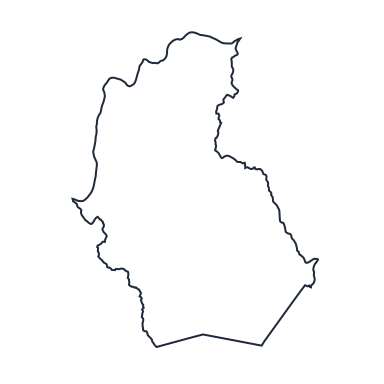 outline of Petrolina, Pernambuco, Brazil, rotated 175°
{"feature_id": "56859067B80055839587511", "entity_name": "Petrolina", "entity_type": "district", "adm_level": 2, "iso_a3": "BRA", "parent_name": "Brazil", "parent_adm1": "Pernambuco", "projection": "natural_earth1", "projection_center": [-40.564, -9.053], "detail": "fine", "context": "isolated", "style": "outline", "palette": "slate", "viewbox_px": 384, "rotation_deg": 175, "n_neighbors": 0, "source": "geoboundaries", "source_scale": "gbopen_adm2", "svg_char_len": 5750}
<svg xmlns="http://www.w3.org/2000/svg" viewBox="0 0 384 384"><g transform="rotate(175 192 192)"><path d="M72.4,113.8L73.8,114.6L74.8,114.5L76.2,114.9L81.4,112.1L82.6,111.6L83.5,111.5L84.5,111.5L85.3,112.4L85.9,114.8L86.5,116.7L88.2,118.5L89.0,119.4L90.4,120.4L91.0,123.2L92.3,124.4L92.4,126.4L92.6,129.0L93.2,131.7L94.8,135.0L95.9,136.3L96.5,137.1L96.9,138.9L97.1,140.7L98.2,141.8L100.0,142.4L101.2,143.2L102.0,144.0L102.3,145.3L102.3,147.3L103.0,151.2L103.6,153.1L104.4,153.6L105.4,153.7L106.7,155.0L106.9,156.7L106.6,165.6L106.9,166.9L107.3,168.2L107.9,169.3L108.5,171.0L109.9,172.9L111.4,174.5L112.1,175.9L112.0,177.8L112.2,180.2L112.9,181.1L113.5,182.3L113.0,183.7L113.6,185.0L115.1,186.7L115.1,189.3L115.8,191.7L115.4,193.6L115.6,195.4L116.4,196.6L117.0,198.0L116.4,200.9L116.9,202.5L119.4,203.8L120.2,206.8L121.8,208.8L123.5,209.1L125.1,208.9L126.8,209.3L127.4,211.1L128.3,211.0L129.6,209.9L130.7,209.7L131.9,210.1L132.9,210.6L133.8,211.4L134.9,211.9L136.9,211.3L136.7,212.4L137.0,213.8L136.6,215.0L137.0,216.6L139.0,216.1L141.0,217.6L143.7,218.0L144.6,218.3L145.5,219.7L147.9,221.9L151.8,224.5L153.0,225.0L155.0,225.1L156.7,224.4L158.1,223.5L159.4,223.2L160.3,224.4L162.1,228.4L163.8,230.3L165.4,231.5L164.6,233.5L163.9,236.2L164.4,237.3L164.1,239.4L164.6,240.9L164.3,242.3L163.5,243.8L162.6,244.1L161.9,245.1L161.2,246.6L160.7,248.2L160.6,249.4L161.0,250.7L158.2,256.0L156.9,258.4L157.9,259.0L158.0,260.6L158.4,261.7L159.2,262.3L159.0,263.7L158.1,265.7L158.8,267.7L160.9,267.9L161.0,270.0L160.3,271.3L159.8,272.7L159.5,274.2L159.1,275.5L157.5,276.5L154.6,276.9L152.5,278.3L152.7,280.6L152.5,281.7L150.5,283.6L149.6,284.9L148.6,285.7L147.3,285.3L145.6,284.3L144.2,283.4L142.8,282.2L141.6,283.5L141.2,285.4L139.6,286.0L138.6,286.4L137.9,287.3L137.2,288.6L137.5,289.8L138.6,290.3L141.5,293.6L142.5,295.1L143.1,297.4L142.1,299.4L141.9,301.1L142.9,303.5L142.3,305.1L140.8,307.5L140.2,309.7L140.4,311.2L141.2,312.9L141.4,314.1L141.2,316.1L141.1,317.2L141.1,319.5L141.3,321.2L140.3,322.4L138.9,322.9L136.9,324.3L135.6,324.4L134.6,325.1L134.4,326.4L135.9,330.1L136.0,331.3L135.7,332.4L134.4,335.3L133.6,337.3L132.8,337.9L130.6,340.7L133.5,340.0L135.0,339.1L136.5,338.6L137.5,337.7L139.1,336.7L140.6,336.5L145.4,337.1L147.9,337.5L149.4,338.2L150.4,338.8L152.4,340.2L154.6,341.8L161.0,345.4L166.9,347.1L168.8,347.5L170.0,347.7L171.1,348.3L172.6,349.2L175.4,350.5L177.9,351.1L179.9,351.1L181.6,350.5L184.1,349.0L187.3,346.1L188.6,345.4L190.8,344.8L192.4,345.5L194.6,345.5L195.5,345.2L197.9,344.2L200.9,341.9L201.9,340.8L202.6,339.8L203.3,338.6L203.7,337.7L204.3,336.0L204.8,332.5L205.1,331.2L205.5,329.8L206.5,328.1L207.6,327.0L208.5,326.2L209.4,325.6L211.0,325.5L212.0,325.1L212.8,324.6L214.3,323.5L215.2,323.2L216.9,323.7L218.1,323.9L219.8,323.8L222.7,325.0L223.8,325.6L224.5,326.5L225.7,327.7L226.8,328.1L228.0,328.4L228.9,328.1L229.4,327.1L229.9,325.8L231.6,323.8L232.7,322.8L233.5,321.4L233.9,319.3L234.4,318.0L234.9,316.8L235.4,315.8L237.6,309.9L238.0,308.8L239.1,306.5L239.8,305.4L240.7,304.5L243.4,303.1L244.8,302.7L246.0,303.1L247.1,303.8L249.0,306.8L249.9,307.6L253.3,310.2L259.6,312.6L262.1,312.8L263.2,312.5L264.4,312.0L265.3,310.9L266.1,310.0L266.8,308.9L270.0,305.6L271.2,303.4L271.6,302.2L271.4,300.9L270.7,299.0L270.5,296.5L270.5,295.1L270.9,293.5L272.2,289.7L274.2,285.6L276.3,278.8L277.8,277.0L278.6,275.7L279.3,274.4L279.9,272.9L280.7,269.7L280.7,268.3L281.7,265.6L281.6,262.3L281.9,259.6L282.2,258.0L283.1,255.4L283.7,251.5L285.5,244.9L286.8,241.1L286.9,239.7L286.4,235.7L285.7,233.6L284.5,230.4L284.3,228.7L284.5,226.7L285.9,220.0L286.6,215.9L287.8,212.3L289.1,207.4L289.8,205.4L290.9,202.9L291.8,201.4L293.1,199.5L293.8,198.7L296.5,195.8L299.0,193.8L300.4,193.0L301.8,192.5L304.2,192.6L306.7,193.3L308.3,194.2L310.0,195.0L311.6,195.6L311.2,193.0L310.0,192.4L308.9,191.1L307.9,190.2L307.5,188.2L307.1,186.9L304.5,184.8L303.8,183.4L304.3,182.1L304.4,180.9L303.9,178.8L303.2,177.4L302.0,175.7L300.6,173.0L299.6,172.6L297.7,170.4L296.4,169.4L295.1,168.9L293.9,169.5L293.2,170.4L292.1,171.7L291.5,172.8L290.2,174.3L288.9,175.2L288.0,175.5L286.3,172.8L285.1,172.4L284.7,171.3L283.4,170.0L283.4,168.5L282.6,167.5L282.9,165.2L284.3,163.3L284.4,162.0L283.4,159.6L281.8,157.7L281.2,156.7L280.8,155.5L281.6,154.0L282.6,152.2L283.2,149.9L285.2,150.3L287.1,148.5L288.6,147.6L290.7,146.8L291.3,145.5L290.4,144.5L290.6,143.0L291.0,141.7L290.7,140.4L290.1,139.2L290.2,137.4L291.0,135.9L288.7,132.9L287.3,131.7L286.9,130.5L286.2,129.8L285.6,129.0L284.1,128.2L283.4,127.4L283.1,126.1L283.0,124.7L282.0,123.9L280.9,124.0L279.5,122.7L278.8,121.4L277.3,121.1L275.5,120.9L274.5,122.0L272.2,121.6L271.1,121.5L270.0,121.8L268.4,121.8L266.4,121.1L265.7,120.0L264.6,119.0L262.8,118.2L262.5,116.9L262.7,114.9L262.9,113.7L263.5,112.2L262.5,110.6L262.3,107.4L262.9,105.3L262.4,104.5L261.4,103.6L260.3,102.9L259.4,102.8L258.3,102.5L257.3,101.5L256.3,101.9L255.5,101.2L254.8,100.5L254.0,99.9L253.1,99.2L252.8,98.0L252.2,97.0L251.6,95.6L252.6,93.8L253.3,92.5L251.9,91.6L251.3,90.3L252.3,88.8L251.3,85.1L250.4,83.8L250.7,82.4L250.2,80.9L251.2,80.1L251.9,79.4L251.2,77.5L251.5,76.4L252.1,75.4L252.3,74.0L252.9,71.7L251.7,70.0L251.7,68.5L252.2,67.1L252.8,65.3L252.7,64.0L253.0,62.9L252.6,61.0L252.7,59.9L252.6,58.3L251.6,57.8L250.8,57.3L249.6,57.2L249.0,56.3L248.5,53.1L245.5,49.6L244.8,48.2L244.6,46.4L243.7,45.1L242.5,42.7L240.8,40.7L207.6,46.7L198.8,48.2L193.4,49.1L190.9,48.4L136.0,32.9L132.6,37.4L131.2,39.0L105.5,68.8L104.7,69.7L101.5,73.4L100.3,74.8L93.1,83.1L87.5,89.3L85.2,88.0L83.3,88.6L83.0,87.2L81.8,86.7L81.8,87.9L80.4,89.3L78.8,90.6L78.2,91.8L77.6,93.1L77.4,94.3L77.4,95.8L77.8,97.2L77.8,99.3L77.3,101.7L78.0,103.5L77.6,105.8L77.1,107.2L75.9,109.6L75.0,110.2L74.3,111.2L73.3,112.2L72.4,113.8Z" fill="none" stroke="#1e293b" stroke-width="2"/></g></svg>